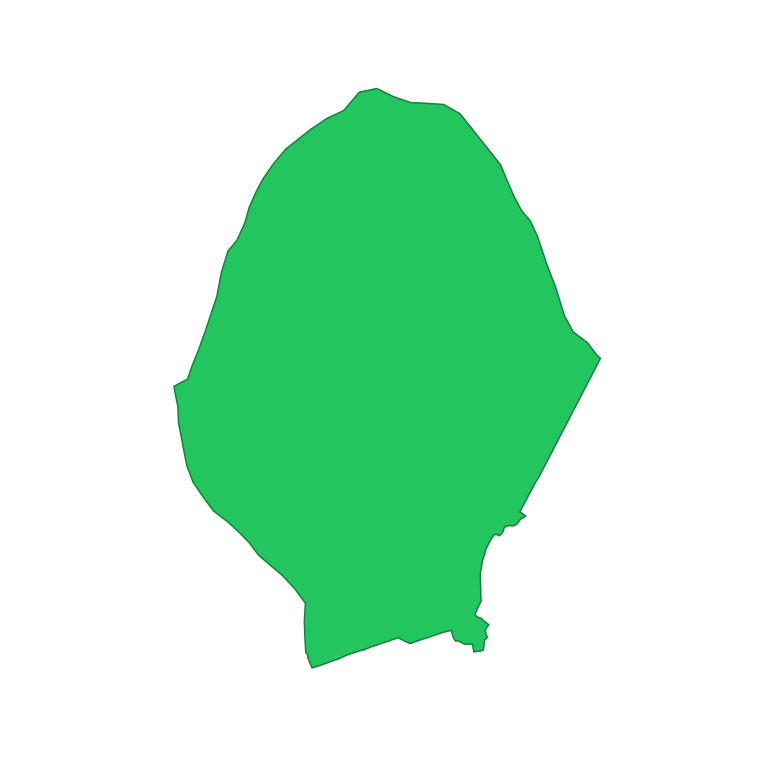 the district of Semienawi Mierab, Maekel, Eritrea, rotated 341°
{"feature_id": "51966322B56082674650687", "entity_name": "Semienawi Mierab", "entity_type": "district", "adm_level": 2, "iso_a3": "ERI", "parent_name": "Eritrea", "parent_adm1": "Maekel", "projection": "albers", "projection_center": [38.931, 15.377], "detail": "fine", "context": "isolated", "style": "filled", "palette": "green", "viewbox_px": 768, "rotation_deg": 341, "n_neighbors": 0, "source": "geoboundaries", "source_scale": "gbopen_adm2", "svg_char_len": 1995}
<svg xmlns="http://www.w3.org/2000/svg" viewBox="0 0 768 768"><g transform="rotate(341 384 384)"><path d="M223.6,629.1L231.7,629.3L252.9,629.0L256.6,628.6L259.6,628.2L274.5,628.4L279.0,628.9L281.4,628.5L288.2,628.4L290.5,628.5L298.4,628.4L305.8,628.6L314.5,628.4L323.7,637.5L325.6,638.1L327.5,637.8L333.6,637.8L341.0,637.9L345.0,638.0L353.0,638.0L360.0,638.1L367.8,639.0L367.2,641.7L367.0,644.6L367.1,646.9L367.9,650.4L370.6,651.0L375.5,656.3L383.0,658.7L381.7,666.4L389.0,668.0L391.4,667.8L395.8,658.9L399.2,657.2L399.2,651.3L400.5,648.5L404.7,645.9L402.7,642.4L400.9,640.2L400.0,637.6L398.1,635.9L395.6,634.0L395.4,630.8L405.3,620.6L406.1,617.3L407.0,614.6L408.1,611.2L409.2,607.6L410.1,604.8L411.8,599.2L413.2,594.8L416.6,588.7L419.9,582.6L424.1,577.4L425.2,574.8L428.2,571.8L430.9,569.1L436.3,564.3L438.8,562.5L441.5,562.9L443.5,565.0L446.2,564.0L448.5,562.3L450.2,559.6L452.9,558.2L456.5,558.7L460.0,560.2L462.7,560.0L464.7,559.3L469.1,556.3L472.0,555.8L474.9,554.9L472.9,551.7L470.7,549.3L475.4,544.9L480.1,540.5L485.1,535.7L490.6,530.7L494.8,526.8L498.2,523.8L500.6,522.0L588.6,438.3L597.0,430.2L594.6,425.8L589.8,411.3L579.7,396.1L576.8,377.6L577.8,349.0L576.9,323.9L577.1,309.3L577.1,293.7L575.4,277.6L570.5,264.7L568.0,249.2L566.8,234.2L565.6,214.7L552.7,178.1L543.9,153.3L531.4,139.1L514.0,131.8L500.8,126.6L486.5,115.4L473.4,102.3L455.8,100.0L434.9,112.3L416.4,114.3L397.4,119.4L367.6,129.9L351.6,139.5L336.0,150.9L325.0,161.3L314.4,172.7L304.6,186.7L292.0,200.0L279.8,207.5L266.6,225.5L254.4,246.9L242.9,261.9L231.8,276.4L219.4,291.8L209.0,303.7L199.9,315.4L184.6,317.8L184.0,322.1L182.4,332.5L182.0,337.5L177.0,354.2L175.1,368.1L173.4,379.5L171.5,393.4L171.0,397.8L171.5,414.6L176.4,432.7L180.2,444.6L181.5,448.6L191.4,463.5L198.6,476.8L205.0,490.4L208.8,502.3L210.0,505.7L225.8,532.3L232.9,548.6L236.7,560.5L238.3,565.8L231.3,582.7L226.3,599.3L222.6,612.5L223.8,615.3L222.9,618.3L223.1,622.8L223.3,625.9L223.6,629.1Z" fill="#22c55e" stroke="#15803d" stroke-width="1.5"/></g></svg>